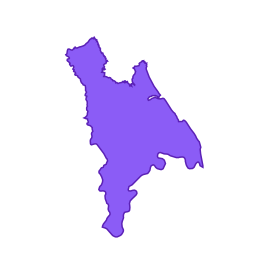 outline of Francisco Pizarro (Salahonda), Nariño, Colombia, rotated 158°
{"feature_id": "7082276B21872376500424", "entity_name": "Francisco Pizarro (Salahonda)", "entity_type": "district", "adm_level": 2, "iso_a3": "COL", "parent_name": "Colombia", "parent_adm1": "Nariño", "projection": "orthographic", "projection_center": [-78.58, 2.086], "detail": "fine", "context": "isolated", "style": "filled", "palette": "violet", "viewbox_px": 256, "rotation_deg": 158, "n_neighbors": 0, "source": "geoboundaries", "source_scale": "gbopen_adm2", "svg_char_len": 5911}
<svg xmlns="http://www.w3.org/2000/svg" viewBox="0 0 256 256"><g transform="rotate(158 128 128)"><path d="M164.9,153.8L163.7,152.6L162.2,151.5L162.4,150.9L162.5,148.6L162.9,147.9L163.6,147.7L164.0,147.8L164.5,147.3L164.5,146.6L164.3,146.1L162.0,144.2L161.0,141.7L161.6,140.6L161.9,138.0L163.1,137.4L164.1,136.2L164.4,134.0L165.1,132.8L165.7,132.1L166.8,131.6L167.6,130.6L168.3,128.9L168.3,128.2L168.7,127.6L168.7,126.8L168.2,126.1L165.1,125.8L163.6,125.3L162.9,124.4L160.0,113.4L159.4,107.8L159.0,107.3L159.2,105.3L159.6,104.7L160.5,104.2L161.7,102.6L164.4,102.4L165.6,100.9L166.0,100.8L167.5,101.0L168.0,100.8L170.0,99.4L170.5,99.3L171.2,98.5L171.5,97.9L171.6,96.8L171.0,95.6L170.7,92.3L170.9,89.3L171.9,87.4L172.7,86.5L174.1,85.1L175.2,84.7L176.4,84.0L178.1,81.9L177.8,80.4L176.8,79.7L174.6,79.1L173.2,77.9L172.9,77.3L172.9,76.4L173.3,75.1L174.5,74.1L174.8,73.5L175.6,70.8L175.7,67.1L175.9,66.3L175.0,64.8L175.0,63.7L175.2,63.0L176.7,60.4L176.9,59.6L176.9,58.1L176.5,56.8L176.7,55.4L177.1,54.6L177.7,54.1L179.7,53.1L181.3,52.1L182.6,50.6L186.7,48.2L188.1,46.9L188.9,45.7L186.5,43.7L185.4,42.4L182.7,34.6L182.3,33.8L181.1,32.4L180.1,31.6L178.7,31.1L175.9,31.2L174.0,31.6L171.7,33.3L170.8,34.3L170.4,35.5L170.5,38.4L169.6,41.6L168.4,43.5L165.8,46.4L165.3,48.1L164.4,49.7L162.9,51.0L161.8,51.0L159.4,50.5L158.1,50.6L157.3,51.2L156.0,53.7L155.3,56.0L155.0,57.4L153.3,59.6L150.5,60.9L145.7,62.8L144.3,63.9L143.9,65.2L143.9,66.2L144.5,67.2L145.4,68.0L146.8,68.4L149.4,68.7L150.8,69.5L151.0,70.6L149.0,73.4L145.4,73.8L134.6,78.5L133.0,79.0L131.1,79.1L126.9,78.5L125.9,78.9L123.6,80.5L122.0,83.0L120.8,84.2L118.9,84.5L118.0,84.2L117.2,82.3L117.1,81.2L116.1,79.4L113.4,77.3L112.3,76.9L110.7,77.1L106.6,81.0L106.5,82.2L106.4,84.6L107.6,86.7L111.1,88.9L111.3,89.4L111.3,90.7L110.6,92.0L109.9,92.8L109.2,93.2L108.2,93.4L107.1,93.1L104.2,90.5L101.4,89.1L100.7,88.6L99.1,86.4L94.3,82.5L92.1,81.6L91.2,81.6L88.5,80.8L87.2,79.9L86.7,78.4L86.8,76.9L87.3,75.6L87.8,72.1L87.7,70.4L87.3,68.3L86.2,67.2L83.3,66.3L81.5,66.8L78.7,69.3L77.5,70.0L76.3,70.3L75.4,69.9L75.0,68.5L75.3,66.1L73.3,63.5L72.7,65.0L70.4,76.7L69.1,81.2L67.7,82.9L67.1,88.6L67.7,90.2L67.9,91.6L68.2,92.4L68.3,95.4L68.8,98.3L70.3,103.6L71.8,111.6L72.7,113.7L73.5,114.4L73.9,114.4L75.3,113.7L78.7,115.0L78.3,116.4L78.7,118.7L78.6,120.5L79.1,122.7L79.0,123.8L80.0,125.6L80.9,128.3L82.9,139.3L83.6,141.7L84.5,142.5L85.8,142.6L87.2,142.9L89.2,144.0L91.3,146.3L94.7,146.4L96.8,145.9L98.7,146.0L98.7,147.6L96.6,148.8L95.8,148.9L94.7,148.6L94.0,148.7L93.6,149.0L90.4,147.8L88.9,146.3L88.7,144.8L88.4,144.6L88.0,144.7L87.3,145.6L85.6,146.3L86.4,148.5L86.5,149.8L88.2,156.8L89.3,167.2L89.1,175.7L88.5,177.1L87.4,178.2L87.6,179.1L86.9,179.6L87.0,180.5L86.4,181.1L87.5,181.5L87.6,182.4L88.1,182.3L88.1,182.5L87.6,182.9L87.8,183.3L88.2,183.2L88.8,183.7L88.4,184.5L89.2,184.5L89.2,184.8L89.7,184.9L91.1,184.2L92.6,184.0L93.5,183.6L93.4,182.9L94.5,181.7L97.0,182.1L97.9,182.4L98.3,182.8L98.7,182.7L99.5,181.9L100.7,181.9L100.8,181.4L100.1,181.0L100.0,180.8L99.8,177.5L100.3,177.2L100.4,176.7L101.5,175.5L102.9,174.9L104.0,174.0L104.5,173.2L104.6,172.5L105.6,172.0L106.0,171.5L106.5,169.8L106.6,168.4L105.6,165.6L105.8,165.3L106.7,166.9L108.0,167.7L108.4,167.6L108.7,167.1L109.0,166.2L109.0,165.6L109.3,166.0L109.7,166.0L109.9,167.4L110.5,167.0L110.3,167.8L111.3,169.9L111.2,171.0L111.8,170.9L111.7,171.4L113.1,171.3L112.9,172.3L113.0,172.8L113.5,172.9L114.1,172.5L114.3,171.5L114.8,172.0L115.2,173.1L115.8,173.0L116.5,172.5L119.0,173.0L120.6,173.0L121.3,174.3L122.4,174.4L122.3,175.7L123.1,176.9L124.4,177.6L124.2,178.4L125.3,179.7L125.4,181.0L126.2,181.7L127.4,181.9L128.5,183.3L130.4,184.9L130.9,184.6L131.2,184.8L130.3,185.5L129.7,186.3L129.3,187.7L128.3,187.9L129.6,188.3L130.3,189.4L130.7,189.4L131.1,189.2L131.5,189.5L130.6,190.1L130.0,191.2L129.0,191.1L130.0,191.8L129.7,192.2L129.3,191.9L129.6,192.4L129.2,192.5L129.0,192.9L128.7,192.7L129.0,192.3L128.5,192.0L128.6,191.7L128.3,191.7L128.2,191.5L128.0,191.9L127.4,191.7L127.8,193.0L126.9,193.5L127.1,194.7L126.9,195.7L125.6,196.2L124.4,196.1L123.5,196.9L123.6,197.5L123.4,197.7L122.9,197.7L122.8,198.0L122.7,197.7L122.3,197.7L122.6,198.0L122.3,198.3L122.8,198.4L122.9,199.5L122.8,200.5L122.5,200.5L122.4,200.8L123.0,201.0L122.8,201.0L122.8,202.2L122.6,202.6L122.9,202.7L122.9,203.4L123.4,203.7L123.2,204.2L123.4,204.3L123.5,204.9L123.3,206.8L123.8,207.0L123.9,207.3L124.3,207.1L124.5,207.5L124.6,210.7L123.9,211.6L124.2,212.5L124.0,213.1L124.5,213.6L124.3,214.7L124.5,215.1L124.1,215.3L124.1,215.6L124.4,216.2L124.1,216.5L124.5,217.0L124.1,217.4L124.0,219.8L124.5,219.9L124.2,220.2L124.5,220.8L124.1,221.3L124.6,221.5L124.4,221.9L124.9,222.2L125.1,223.1L125.5,223.3L125.2,223.6L125.3,224.4L125.6,224.1L126.0,224.1L126.0,224.4L126.3,224.2L126.9,224.5L127.0,224.1L127.7,224.8L128.1,224.6L128.3,224.9L129.5,224.4L130.2,224.4L133.1,222.5L135.4,221.9L136.2,221.3L138.1,220.9L141.1,221.0L142.5,221.3L145.4,221.2L146.2,221.8L146.7,222.8L147.8,221.8L148.1,222.3L149.8,221.3L150.7,221.1L151.7,221.9L152.8,223.1L153.9,223.6L154.5,223.3L155.4,222.2L156.7,219.9L157.4,219.4L158.2,219.3L158.0,218.1L156.5,216.3L156.1,215.1L156.2,214.7L156.6,214.4L158.4,214.5L159.1,213.6L159.0,212.8L158.4,212.0L157.5,209.8L158.1,209.4L158.3,208.7L157.7,206.7L155.8,206.6L155.5,206.3L155.3,205.4L155.7,204.3L157.1,203.3L156.9,202.8L156.1,202.1L156.2,201.8L156.9,201.3L157.2,200.8L157.0,200.5L156.3,200.0L156.0,198.7L156.2,198.1L157.1,197.9L157.2,197.0L156.9,196.6L156.1,196.3L155.1,195.0L155.3,194.4L155.2,193.8L153.8,191.4L154.2,189.5L154.2,187.3L153.5,186.2L153.4,184.8L151.9,183.5L151.8,183.1L152.3,181.1L153.3,178.7L153.0,176.8L154.7,175.5L155.5,174.4L155.4,173.9L154.3,172.9L154.7,172.3L155.6,171.5L156.3,170.1L155.9,167.9L156.7,165.7L157.3,164.8L157.4,163.5L158.6,162.5L159.0,161.7L159.5,160.2L159.0,159.0L159.0,158.4L160.2,156.8L160.7,155.6L161.7,154.7L163.5,153.9L164.9,153.8Z" fill="#8b5cf6" stroke="#5b21b6" stroke-width="1.5"/></g></svg>